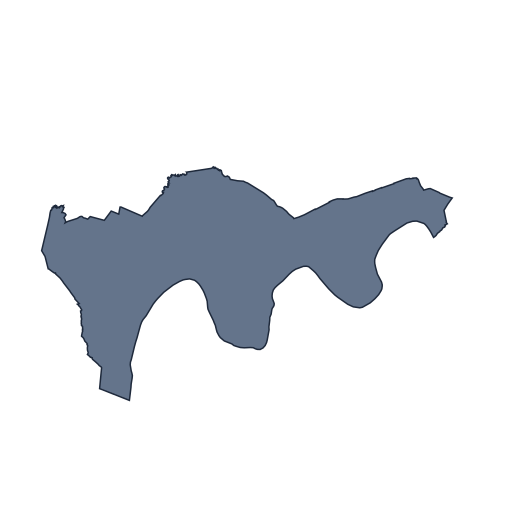 Naujenes pag., Daugavpils, Latvia, rotated 344°
{"feature_id": "27541924B441018999347", "entity_name": "Naujenes pag.", "entity_type": "district", "adm_level": 2, "iso_a3": "LVA", "parent_name": "Latvia", "parent_adm1": "Daugavpils", "projection": "orthographic", "projection_center": [26.722, 55.924], "detail": "fine", "context": "isolated", "style": "filled", "palette": "slate", "viewbox_px": 512, "rotation_deg": 344, "n_neighbors": 0, "source": "geoboundaries", "source_scale": "gbopen_adm2", "svg_char_len": 5961}
<svg xmlns="http://www.w3.org/2000/svg" viewBox="0 0 512 512"><g transform="rotate(344 256 256)"><path d="M231.5,346.1L234.2,347.0L237.4,346.3L240.1,344.6L242.3,342.1L243.6,339.9L248.2,330.6L248.9,327.6L251.5,321.5L252.4,318.7L254.5,316.1L256.5,311.8L257.3,310.7L259.0,309.3L259.9,308.1L260.4,306.6L260.3,305.1L260.0,301.6L260.4,298.9L261.5,296.1L263.3,293.4L265.5,291.7L268.5,290.1L275.1,287.2L282.9,282.6L286.6,280.8L290.5,279.6L298.7,279.0L301.6,279.7L303.6,280.7L307.0,285.8L308.7,288.7L310.0,291.8L311.2,295.2L316.9,307.7L321.0,315.1L323.3,318.3L330.9,327.7L335.5,331.7L341.5,334.4L344.2,334.6L352.9,332.5L358.6,329.8L363.3,326.9L366.7,323.8L367.9,322.3L369.0,319.8L369.4,318.5L369.5,315.7L367.7,306.9L367.8,300.0L368.1,296.0L368.6,293.8L369.3,291.8L371.8,288.4L375.1,284.4L378.1,281.7L380.7,279.4L389.7,272.5L391.4,271.6L396.3,270.0L410.2,265.9L416.1,265.8L419.6,266.6L420.4,266.9L426.4,271.0L427.4,272.4L428.4,274.5L429.6,277.8L430.6,281.2L431.8,287.1L433.5,286.5L434.1,286.1L434.6,286.0L436.7,284.2L439.4,283.2L439.8,282.7L440.7,282.4L441.5,282.2L443.5,280.4L445.3,280.2L445.5,279.7L446.4,279.2L446.4,278.8L446.2,278.3L448.8,277.8L448.1,275.9L448.5,275.3L448.6,274.9L448.5,274.3L449.3,263.9L454.6,259.0L460.6,254.3L458.3,252.8L450.0,246.2L449.6,245.5L442.1,239.2L440.2,238.9L435.3,238.9L435.1,237.6L433.6,234.0L433.2,230.4L433.1,227.7L432.6,226.3L431.8,226.1L431.9,225.2L428.5,224.4L428.5,224.7L426.0,224.3L424.9,224.0L424.9,223.7L421.6,223.2L418.8,223.4L408.5,224.1L408.5,224.5L395.5,225.2L395.5,224.9L388.7,225.4L388.6,225.7L385.8,226.0L385.9,225.5L378.2,225.8L369.1,226.7L366.5,226.4L360.2,226.5L355.6,225.4L355.7,225.2L349.8,223.5L345.6,223.5L341.4,224.1L341.5,224.6L327.4,227.4L325.9,227.6L325.8,227.2L313.9,229.7L307.8,230.4L302.7,230.5L302.4,229.4L299.3,225.1L298.5,223.5L297.7,221.6L294.8,217.4L293.7,216.3L292.2,215.1L290.3,214.1L289.7,212.6L288.7,208.9L288.2,207.5L286.6,206.0L282.7,200.1L280.6,197.3L268.0,183.5L266.3,182.3L264.6,180.7L259.0,178.6L252.4,175.3L252.1,173.0L251.7,172.4L251.0,171.8L250.8,171.3L248.6,171.3L247.4,170.7L247.2,169.8L246.2,168.4L246.1,166.0L246.2,164.3L245.7,163.8L245.4,163.9L245.3,163.4L245.1,163.2L244.8,163.3L244.4,163.8L244.2,163.5L244.4,163.3L244.3,163.1L243.6,163.2L243.2,162.4L243.4,162.0L242.8,161.9L242.6,161.1L242.1,161.0L241.5,160.6L241.6,160.4L241.3,160.2L241.5,160.0L241.4,159.7L240.8,159.8L240.4,159.5L240.2,160.1L240.0,159.9L240.1,159.6L239.8,159.7L239.9,159.1L239.5,158.5L237.7,159.5L212.7,156.3L212.9,156.5L212.2,157.1L212.2,157.8L212.0,158.2L211.1,158.3L210.8,158.8L209.7,158.5L209.6,157.7L209.0,157.7L208.4,156.9L208.1,156.9L206.4,157.9L206.2,157.7L206.1,157.1L205.5,156.9L205.0,157.8L204.4,158.2L203.6,158.2L203.2,158.0L203.7,156.8L203.6,156.2L203.2,156.3L202.5,157.8L201.7,157.1L201.1,156.9L201.0,155.5L200.8,155.6L200.2,156.6L199.6,155.6L198.7,155.3L197.4,155.4L197.6,154.6L197.4,154.5L196.3,155.4L196.6,156.2L196.1,156.6L194.8,156.7L194.4,157.2L194.2,157.1L193.6,156.1L192.9,156.2L192.5,156.6L192.4,157.3L192.7,158.0L193.5,159.4L193.4,159.7L192.1,160.4L192.3,160.8L192.2,161.3L192.5,161.8L191.6,161.7L191.4,161.9L191.1,162.6L191.1,162.9L191.8,163.4L191.9,163.6L191.8,163.8L190.8,163.7L190.7,164.2L190.7,164.9L190.4,165.7L190.0,165.7L189.8,164.9L189.3,164.8L189.0,165.1L188.8,165.0L188.4,164.4L187.9,164.2L187.5,164.1L186.4,164.7L186.2,165.8L186.5,166.2L186.5,166.5L185.5,167.4L184.1,167.6L183.6,168.3L183.6,169.1L184.6,169.4L184.0,170.4L181.3,171.7L181.0,171.7L180.8,171.4L167.7,180.0L165.5,182.1L163.9,183.2L157.8,186.1L157.6,186.4L139.7,171.7L138.8,171.5L135.6,177.9L129.2,172.9L120.0,179.9L107.5,172.4L104.4,174.2L101.9,172.3L101.3,172.2L100.4,171.3L99.7,170.1L98.8,169.7L97.5,169.7L94.6,170.6L84.4,170.9L81.7,171.5L82.6,170.4L82.4,167.9L82.0,166.3L84.7,164.1L84.2,162.5L82.7,161.2L81.3,160.7L83.8,157.9L84.0,157.3L84.9,156.3L84.6,155.8L84.8,155.8L83.8,155.5L84.7,154.4L83.2,154.4L83.0,154.0L82.9,153.9L82.0,154.0L81.4,154.7L80.6,154.4L80.2,154.6L80.3,154.9L80.7,155.0L80.3,155.4L79.7,154.7L78.8,154.3L78.7,154.6L78.5,154.3L78.1,154.9L77.7,155.1L77.3,154.4L77.3,154.1L76.7,154.0L76.7,153.8L76.9,153.6L77.1,153.8L77.6,153.5L77.8,153.7L78.2,153.5L78.2,152.8L77.7,152.4L77.7,152.7L77.5,152.8L76.7,152.2L76.2,152.1L76.0,152.8L75.7,152.7L75.2,153.2L75.2,152.7L74.9,152.5L74.7,152.9L74.8,153.3L74.6,153.5L73.7,153.2L73.1,153.6L73.1,154.1L72.2,155.4L71.9,155.6L71.3,155.5L69.9,157.9L68.1,161.9L64.4,168.7L51.4,191.8L53.1,198.3L52.7,211.1L53.3,211.4L56.0,215.0L57.6,216.9L58.5,216.9L58.7,217.2L58.5,217.7L58.5,218.1L61.6,223.2L63.1,227.0L63.6,228.7L67.4,238.3L67.9,240.1L70.2,246.2L70.1,247.5L72.9,253.0L71.0,253.1L71.8,254.3L71.9,255.1L72.6,256.0L73.6,259.7L73.2,260.4L72.2,260.5L71.9,262.1L72.1,263.8L71.6,265.1L71.2,265.4L71.1,265.7L71.4,266.5L71.0,266.9L71.2,267.8L70.9,268.4L70.9,268.9L70.2,270.0L70.1,270.7L69.8,271.3L69.9,271.6L69.8,271.9L69.4,272.7L69.3,273.3L69.4,273.9L69.1,274.5L69.5,275.0L69.5,275.7L69.8,276.2L69.3,277.7L69.4,278.1L69.1,279.1L68.7,279.2L68.7,280.4L68.0,281.4L66.2,284.9L66.2,285.1L67.2,286.6L67.7,288.0L68.0,290.6L69.3,293.1L69.6,294.1L69.1,294.6L69.5,295.8L68.6,297.7L68.2,299.3L68.0,300.5L68.1,302.2L68.0,302.9L66.8,304.2L68.1,306.1L68.8,307.5L68.9,307.4L70.5,308.7L70.2,309.4L70.5,310.4L72.5,313.4L74.4,316.5L75.1,318.1L76.6,320.0L76.8,320.8L69.1,340.4L94.5,359.9L99.6,347.8L100.7,344.7L103.2,339.4L104.2,336.9L104.4,334.4L104.4,331.9L105.1,325.9L106.1,323.3L107.4,321.5L114.2,309.5L116.7,305.4L119.1,301.8L125.9,290.6L128.0,287.8L130.0,285.9L133.9,283.2L143.9,273.9L147.3,271.4L149.9,269.7L157.4,265.4L168.3,261.1L175.4,259.4L179.2,258.9L181.3,259.0L185.9,259.7L190.3,262.4L191.8,264.4L193.3,267.0L194.2,269.3L195.6,274.3L196.1,277.3L196.6,283.2L196.6,286.0L195.4,292.1L195.2,293.9L195.6,296.9L197.2,306.0L197.4,308.5L197.8,311.5L197.6,316.0L197.6,318.4L198.4,322.3L199.2,324.6L202.1,328.9L208.6,333.9L210.0,335.9L212.3,337.5L215.6,339.6L219.4,341.0L225.3,342.4L228.1,343.4L229.8,345.0L231.5,346.1Z" fill="#64748b" stroke="#1e293b" stroke-width="1.5"/></g></svg>